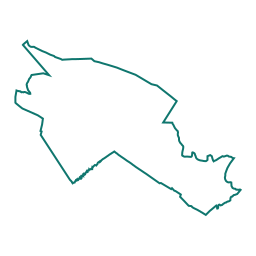 outline of Soyaló, Chiapas, Mexico
{"feature_id": "50627088B85060980451015", "entity_name": "Soyaló", "entity_type": "district", "adm_level": 2, "iso_a3": "MEX", "parent_name": "Mexico", "parent_adm1": "Chiapas", "projection": "natural_earth1", "projection_center": [-92.974, 16.925], "detail": "fine", "context": "isolated", "style": "outline", "palette": "teal", "viewbox_px": 256, "rotation_deg": 0, "n_neighbors": 0, "source": "geoboundaries", "source_scale": "gbopen_adm2", "svg_char_len": 5471}
<svg xmlns="http://www.w3.org/2000/svg" viewBox="0 0 256 256"><path d="M188.7,205.8L189.4,205.8L190.0,206.0L190.6,206.0L191.3,206.1L191.8,206.5L192.2,207.1L192.8,207.5L193.4,207.9L194.0,208.2L194.6,208.5L197.7,210.0L198.0,210.2L198.1,210.3L198.5,210.5L199.0,210.8L199.4,211.0L199.8,211.2L200.3,211.5L200.7,211.8L201.2,212.1L201.6,212.3L202.0,212.5L202.4,212.8L202.9,213.1L203.1,213.2L203.4,213.4L203.6,213.6L203.9,213.7L204.2,213.9L204.4,214.0L204.6,214.2L204.8,214.3L205.2,214.5L205.4,214.6L205.5,214.7L205.8,214.9L207.5,213.2L209.8,210.9L211.3,209.7L216.2,205.6L216.6,206.3L217.0,207.1L217.1,207.3L217.1,208.0L217.2,208.5L217.7,208.5L218.1,207.9L218.2,206.6L218.2,206.1L218.3,205.5L218.5,205.0L219.3,204.6L219.8,204.8L220.5,205.4L221.6,205.1L222.0,205.0L222.8,204.3L223.1,204.0L224.0,203.4L225.3,202.6L226.2,202.5L226.7,202.0L227.7,201.5L228.7,201.4L230.3,200.4L230.4,198.8L230.6,197.8L230.8,197.3L231.4,196.7L232.0,196.7L232.4,196.5L233.0,195.8L233.7,195.1L234.8,194.9L237.2,194.0L240.6,189.9L240.0,189.5L238.7,189.8L237.6,189.7L236.2,189.7L235.4,188.8L234.1,188.7L232.6,188.0L231.5,186.0L231.3,182.5L230.6,182.2L229.5,182.3L228.3,182.4L227.0,181.8L225.9,180.8L225.1,179.0L224.9,177.4L225.3,175.8L225.3,173.7L226.5,170.3L227.5,167.8L230.1,163.3L233.9,158.2L232.7,158.0L232.3,157.7L231.8,157.4L231.2,156.9L230.0,156.7L228.8,156.5L228.7,156.4L228.4,156.2L228.1,155.9L227.7,155.7L227.2,155.7L226.7,155.6L225.4,156.1L223.8,156.6L222.7,156.2L222.4,156.2L221.3,156.9L220.3,157.5L219.2,158.1L217.7,159.1L216.2,160.1L213.9,161.1L213.7,161.3L213.1,160.5L212.4,158.4L211.8,156.2L210.2,155.1L207.5,156.2L207.5,157.7L207.5,158.6L207.5,159.7L207.4,160.1L207.0,160.4L206.6,160.7L206.0,161.1L204.8,161.1L203.7,161.0L202.3,160.7L200.2,160.4L199.0,160.0L198.3,159.7L197.7,159.4L197.3,159.1L196.6,158.5L196.3,158.1L196.1,157.7L195.9,157.2L195.8,156.7L195.7,156.3L195.6,156.0L195.3,155.6L195.2,155.2L195.0,154.7L194.9,154.3L194.8,153.9L194.7,153.7L194.4,153.3L194.0,153.0L193.6,152.8L193.3,152.6L193.1,152.5L192.8,152.4L192.5,152.4L192.3,152.5L192.2,152.8L192.2,153.3L192.2,154.0L192.1,154.7L191.9,155.7L191.8,156.2L191.6,156.5L191.2,156.8L190.9,156.9L190.3,156.9L189.9,156.8L188.5,156.7L187.5,156.6L186.8,156.6L186.0,156.6L185.0,156.7L184.6,156.7L184.2,156.6L183.9,156.5L183.6,156.3L183.1,156.0L182.5,155.8L182.1,155.1L182.2,154.1L182.3,152.3L182.7,150.4L183.1,148.8L183.3,146.9L183.1,146.1L182.0,144.9L181.0,143.6L180.2,142.8L179.2,140.9L179.0,139.8L179.0,138.0L178.2,136.2L177.8,135.1L177.8,133.8L178.0,132.4L177.7,131.1L177.1,130.6L176.1,129.5L174.9,128.0L174.0,126.2L173.5,125.1L172.6,123.8L172.3,122.7L163.2,122.5L176.6,101.3L176.7,101.1L174.5,99.4L171.1,96.6L166.9,93.3L163.2,90.4L161.7,89.2L159.3,87.3L157.0,85.5L153.6,84.7L151.5,84.2L146.9,81.5L140.7,77.8L135.6,74.8L125.8,71.1L121.4,69.4L116.9,67.6L115.9,67.3L112.7,66.3L107.1,64.6L102.8,63.4L99.0,62.2L94.4,61.2L91.4,58.6L80.4,59.0L76.5,59.1L72.5,59.1L69.6,59.3L64.0,59.6L62.2,59.8L60.8,59.0L55.1,57.0L54.0,56.0L50.3,54.7L45.9,52.5L42.3,51.1L35.2,47.6L34.7,47.2L34.2,46.9L33.3,46.8L32.6,46.9L31.7,46.9L30.9,46.8L30.1,46.4L29.5,46.0L28.5,44.9L27.2,41.1L24.8,43.1L23.2,44.5L22.9,44.9L49.1,75.2L43.3,73.3L31.6,75.0L31.3,75.5L30.9,76.4L30.5,77.3L30.0,78.0L29.3,78.7L29.0,79.4L28.4,80.8L28.0,81.8L27.4,82.6L26.9,83.6L26.6,84.9L27.0,85.8L26.9,86.2L27.1,87.3L27.5,88.4L28.1,90.2L28.9,91.2L30.1,92.7L30.3,93.8L30.0,93.9L29.1,93.8L28.6,93.7L28.1,93.4L27.1,92.9L25.8,92.3L24.8,92.0L24.1,92.0L23.6,92.3L23.3,92.2L22.0,92.1L21.5,92.3L21.1,92.1L20.6,91.5L19.9,91.2L19.6,91.3L19.2,91.3L18.8,91.1L18.4,91.0L18.2,91.0L17.0,90.7L16.5,90.5L16.4,91.2L16.0,93.4L15.4,96.9L15.4,99.2L15.4,102.7L16.2,103.5L19.6,106.3L22.4,108.5L37.8,115.3L42.9,118.6L42.1,124.5L40.5,131.0L41.6,131.5L40.7,134.9L70.0,179.9L70.3,180.1L70.7,180.6L71.2,181.0L71.5,181.5L71.9,181.9L72.0,182.4L72.3,182.5L72.7,183.3L73.6,182.7L74.3,182.4L74.6,182.5L75.1,181.5L75.3,181.1L75.7,181.0L76.0,180.1L76.4,180.2L76.6,179.8L76.8,180.0L77.0,180.1L77.3,179.7L77.4,180.3L77.7,180.2L77.9,180.1L77.8,179.7L78.1,179.6L78.5,179.2L78.6,179.4L79.3,178.5L79.7,177.5L81.0,178.5L80.7,178.7L81.1,178.7L81.3,178.2L81.0,178.4L80.8,177.8L80.9,177.4L80.9,176.6L80.7,176.1L81.0,176.4L81.2,175.9L82.9,176.2L82.5,175.4L82.4,174.7L82.4,174.8L82.9,174.5L83.5,173.8L84.4,174.8L84.8,174.5L85.1,174.4L85.3,173.8L85.4,173.6L85.2,173.2L85.4,172.9L85.6,172.8L86.1,172.3L86.7,171.2L87.3,172.1L87.7,171.9L87.7,171.3L87.6,170.8L87.9,170.4L88.8,170.4L89.0,169.7L89.1,169.9L89.6,169.6L90.3,169.1L90.5,169.1L90.8,169.3L91.2,168.9L91.4,168.7L91.4,169.0L91.8,169.1L92.2,169.1L92.4,166.9L92.9,167.1L93.3,166.5L94.9,165.0L95.9,165.3L96.3,165.5L96.9,164.5L97.3,164.3L97.4,164.2L97.6,163.3L97.8,162.9L98.0,162.6L98.3,162.4L99.7,161.4L99.9,162.0L100.9,161.1L101.2,160.5L102.7,159.2L103.7,158.6L104.4,158.2L104.7,158.0L105.2,157.6L105.6,157.4L106.5,156.7L108.0,155.7L109.6,154.5L111.1,153.6L111.8,153.1L112.3,152.8L113.3,152.2L114.3,151.5L116.3,153.1L116.5,153.2L117.0,153.5L117.3,153.8L118.1,154.5L118.9,155.1L119.1,155.3L119.8,155.7L120.0,155.8L120.9,156.5L121.2,156.7L124.3,158.8L126.8,160.6L127.7,161.2L129.0,162.0L129.6,162.4L131.6,163.8L133.1,165.0L133.5,165.2L134.8,166.2L135.8,166.9L135.9,167.0L136.3,167.3L136.5,167.4L137.7,168.2L139.3,169.3L139.6,169.5L139.8,169.6L140.7,170.2L141.0,170.4L144.1,172.5L146.7,174.2L146.8,174.3L159.6,183.3L160.9,183.0L169.3,188.0L171.2,189.1L172.0,188.2L174.3,190.7L175.4,191.0L180.8,194.5L180.1,196.8L184.0,200.8L188.7,205.8Z" fill="none" stroke="#0f766e" stroke-width="2"/></svg>